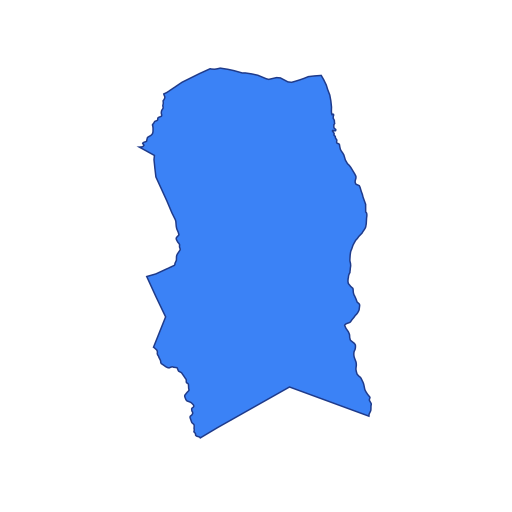 Curaren, Francisco Morazán, Honduras (Mercator projection), rotated 158°
{"feature_id": "27666195B74261140264311", "entity_name": "Curaren", "entity_type": "district", "adm_level": 2, "iso_a3": "HND", "parent_name": "Honduras", "parent_adm1": "Francisco Morazán", "projection": "mercator", "projection_center": [-87.56, 13.833], "detail": "fine", "context": "isolated", "style": "filled", "palette": "blue", "viewbox_px": 512, "rotation_deg": 158, "n_neighbors": 0, "source": "geoboundaries", "source_scale": "gbopen_adm2", "svg_char_len": 6134}
<svg xmlns="http://www.w3.org/2000/svg" viewBox="0 0 512 512"><g transform="rotate(158 256 256)"><path d="M365.0,277.9L364.0,255.7L362.6,233.4L385.2,209.8L384.7,209.1L383.7,207.0L383.2,205.9L383.2,205.4L383.2,204.9L383.3,204.3L383.6,203.4L384.1,202.5L384.2,201.9L384.2,200.9L383.9,199.6L384.0,198.5L383.7,195.2L383.8,194.3L384.2,192.9L384.2,192.2L384.1,191.7L383.7,191.1L382.8,189.8L381.1,187.1L380.3,186.2L379.5,185.4L378.8,185.0L378.3,184.8L376.4,184.8L375.4,184.7L375.1,184.6L374.8,184.5L374.2,183.8L371.5,182.3L371.1,182.0L371.0,181.6L371.0,178.9L370.9,178.3L370.7,178.0L368.8,175.7L367.8,171.3L367.4,169.3L367.0,167.7L367.1,167.2L367.8,165.4L367.9,164.8L367.8,164.3L367.3,163.9L367.0,163.4L366.8,162.8L366.8,162.1L367.2,160.9L367.9,158.9L368.2,157.8L368.2,157.1L368.3,156.8L368.5,156.6L369.1,156.2L370.9,155.4L372.0,154.8L374.1,153.6L374.4,153.2L374.7,152.5L374.8,151.1L374.8,149.5L374.7,148.7L374.5,147.9L374.1,147.3L372.0,145.4L371.1,144.4L370.7,143.6L369.9,141.7L369.8,141.3L369.8,140.7L370.0,140.0L370.4,139.5L370.8,139.3L371.6,139.1L372.3,138.9L372.6,138.7L372.9,138.4L373.2,137.6L373.4,136.7L373.5,136.1L373.3,135.4L373.3,134.9L373.5,134.2L373.7,133.7L374.3,133.2L374.8,132.8L375.7,132.4L376.6,132.2L377.0,132.0L377.3,131.7L377.6,131.1L377.7,130.6L377.8,128.9L377.9,126.7L377.9,125.8L377.8,125.3L376.8,123.3L376.7,122.7L376.8,122.1L377.1,121.3L377.4,120.6L378.0,119.5L378.1,118.7L378.9,116.9L379.3,116.5L379.4,116.3L379.3,115.8L378.8,114.6L378.7,114.2L378.7,113.5L379.1,112.8L379.1,112.4L378.9,111.9L378.5,111.2L376.5,109.6L376.0,109.0L375.8,108.2L355.9,111.3L274.0,122.0L211.3,65.2L210.6,66.6L210.2,67.2L209.3,68.0L208.3,68.9L207.5,69.7L206.9,70.8L205.4,74.3L205.0,74.7L204.8,75.1L204.6,75.6L204.5,76.2L204.7,77.7L204.9,79.2L204.9,79.9L204.7,80.4L203.4,82.0L203.3,82.5L204.4,86.1L204.9,88.7L205.1,90.5L205.1,91.6L204.3,96.0L204.1,97.5L204.1,98.9L204.4,103.3L204.7,104.5L205.5,105.8L206.3,107.9L206.5,108.6L206.5,109.2L206.2,111.7L205.8,113.5L205.3,114.6L203.9,117.1L203.4,118.5L203.0,120.1L202.9,124.3L202.8,125.7L202.6,126.7L202.3,127.8L201.7,129.2L201.1,130.3L200.5,131.0L199.2,132.2L198.3,133.5L197.6,135.0L197.2,136.2L197.3,137.0L197.5,138.0L199.8,142.1L200.0,142.8L200.0,143.3L199.8,144.3L199.7,145.2L198.8,147.8L198.7,149.2L198.8,151.3L199.7,155.2L199.8,158.0L199.8,158.5L199.6,158.7L199.3,158.9L198.3,159.3L196.9,159.4L195.2,159.3L194.0,159.3L193.5,159.4L193.0,159.6L192.2,160.1L190.9,161.0L188.2,162.4L186.2,163.7L184.7,164.3L183.8,164.8L182.9,165.4L181.9,166.2L181.0,167.0L180.5,167.6L178.5,171.1L178.3,171.7L178.2,172.2L178.2,172.7L178.4,173.2L178.8,174.1L179.3,174.9L179.5,175.6L179.4,178.5L179.5,181.6L179.7,183.4L179.6,184.5L179.4,185.8L179.0,187.1L178.5,188.6L178.3,189.7L179.6,192.3L180.5,195.2L180.7,196.1L180.5,196.9L180.3,197.9L180.0,198.7L179.5,199.5L179.4,200.1L178.6,201.1L177.7,202.8L177.2,203.5L176.3,204.5L175.1,205.5L174.7,206.4L173.9,207.8L173.1,209.4L172.2,210.9L171.8,211.7L171.2,213.6L170.8,216.2L170.5,217.1L169.6,219.0L168.3,221.7L166.9,224.1L166.1,225.2L164.5,226.8L162.8,228.8L162.0,229.7L160.6,230.9L158.0,233.0L157.4,233.4L155.6,234.2L153.4,235.6L149.1,237.5L148.0,238.4L146.0,239.7L144.6,240.7L143.8,241.4L143.2,242.2L141.7,244.6L139.3,249.7L138.4,251.3L138.0,252.1L137.6,253.2L137.4,254.3L137.5,254.9L137.8,255.8L135.0,262.8L134.7,270.6L134.3,273.2L134.2,276.5L133.8,280.7L133.9,282.5L135.1,283.8L136.0,284.6L136.5,285.5L136.5,287.1L135.9,288.5L134.1,290.9L133.5,292.5L133.7,295.0L134.9,302.5L135.6,305.1L136.6,307.3L137.2,311.5L136.7,316.8L137.0,318.9L137.7,321.9L137.8,323.4L137.4,325.9L136.9,328.0L137.0,328.6L137.4,329.2L138.4,330.0L138.6,330.4L138.7,330.7L138.7,331.1L138.5,331.5L138.2,332.2L137.8,332.8L137.6,333.3L138.1,335.7L137.7,337.2L137.8,337.5L138.3,338.4L138.4,338.9L138.3,339.3L137.8,339.8L137.7,340.3L137.9,341.8L138.2,342.6L138.3,343.2L138.2,343.4L138.1,343.6L137.9,343.7L137.7,343.7L136.5,342.8L135.9,342.5L135.5,342.4L135.3,342.4L135.0,342.7L134.7,343.2L134.7,343.5L134.8,343.8L135.1,344.2L135.4,344.6L135.5,344.8L135.6,345.7L135.6,346.4L135.1,347.4L134.8,348.1L134.7,348.5L133.4,349.4L133.3,349.9L133.2,350.5L133.1,351.0L133.0,351.3L132.7,351.7L132.6,353.5L132.8,354.2L132.8,354.9L132.1,356.4L131.8,356.9L131.3,357.4L131.1,358.0L131.1,358.3L131.3,358.5L131.6,358.8L132.1,358.8L132.5,358.6L132.6,359.6L131.9,361.9L130.2,365.8L128.5,371.8L127.3,377.6L127.2,383.5L126.8,388.2L127.2,394.1L127.9,399.0L134.5,401.1L140.3,402.7L145.2,402.7L149.5,402.9L154.1,403.3L158.0,403.7L161.2,405.5L166.7,412.0L170.1,413.7L178.1,415.0L180.1,416.5L186.6,422.9L191.7,426.4L197.3,429.7L200.1,430.8L207.1,436.2L212.1,439.6L218.8,443.6L221.9,444.1L224.5,444.7L227.2,446.0L228.4,446.8L240.0,446.3L259.5,444.8L277.4,441.0L280.8,440.8L280.9,440.1L280.9,437.8L281.1,437.2L281.6,436.5L282.3,435.8L283.1,435.2L283.9,434.8L284.0,434.7L284.7,432.4L286.2,430.1L286.3,429.0L286.7,428.0L287.0,427.7L287.3,427.4L288.8,426.4L289.5,425.5L289.9,424.8L290.3,424.0L290.6,422.0L290.9,421.5L291.1,421.2L291.4,421.0L291.8,421.0L293.9,421.0L294.5,421.0L294.9,420.9L295.2,420.7L295.5,420.4L296.0,419.3L296.4,418.9L297.0,418.7L299.1,418.7L299.4,418.7L299.9,418.4L300.9,417.6L302.7,416.6L303.0,416.2L302.9,415.6L303.2,414.5L303.5,413.3L304.8,410.1L305.3,409.3L305.7,408.7L306.2,408.2L306.8,407.8L307.6,407.4L308.2,407.2L311.0,406.8L311.6,406.7L312.2,406.5L312.5,406.2L313.9,404.3L314.3,403.6L314.5,403.4L315.3,403.3L316.6,403.4L317.5,403.4L318.2,403.3L318.6,403.1L318.9,402.9L318.9,402.7L318.4,401.1L318.4,400.7L318.6,400.5L319.1,400.2L319.8,399.9L320.8,399.9L322.1,400.3L322.6,400.4L323.4,400.7L312.5,387.3L314.5,383.5L316.9,375.2L319.2,366.8L318.0,340.4L317.8,327.5L317.2,319.7L317.4,318.0L318.8,313.5L319.1,312.1L319.3,310.7L319.2,307.3L319.4,305.4L319.5,304.7L319.7,304.4L320.2,304.1L321.9,303.4L322.9,302.8L323.3,302.4L323.6,301.6L323.6,300.4L323.3,298.0L322.8,296.6L322.7,296.0L322.6,295.5L322.7,294.8L323.2,293.9L323.5,293.0L323.6,292.5L323.6,291.4L323.7,290.9L323.8,290.5L324.1,290.1L324.6,289.7L328.0,287.4L328.9,286.6L329.3,286.2L329.9,285.3L331.4,281.9L332.4,280.9L333.6,279.8L333.9,279.5L334.4,278.5L335.2,277.9L355.6,276.9L365.0,277.9Z" fill="#3b82f6" stroke="#1e3a8a" stroke-width="1.5"/></g></svg>